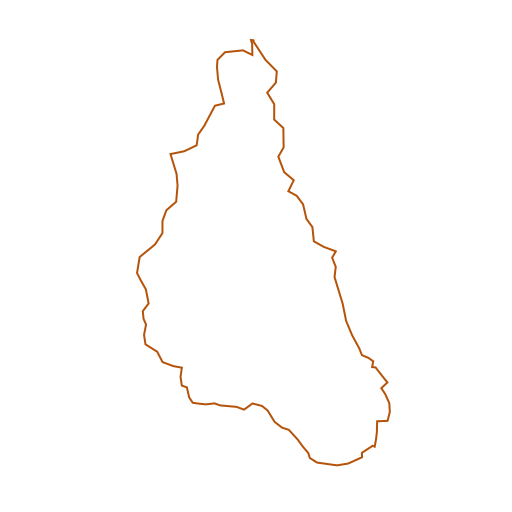 Mandria Lemesou, Limassol, Cyprus (orthographic projection), rotated 85°
{"feature_id": "46923920B25695470611853", "entity_name": "Mandria Lemesou", "entity_type": "district", "adm_level": 2, "iso_a3": "CYP", "parent_name": "Cyprus", "parent_adm1": "Limassol", "projection": "orthographic", "projection_center": [32.836, 34.866], "detail": "fine", "context": "isolated", "style": "outline", "palette": "amber", "viewbox_px": 512, "rotation_deg": 85, "n_neighbors": 0, "source": "geoboundaries", "source_scale": "gbopen_adm2", "svg_char_len": 1481}
<svg xmlns="http://www.w3.org/2000/svg" viewBox="0 0 512 512"><g transform="rotate(85 256 256)"><path d="M456.3,154.4L449.5,152.5L442.4,151.0L431.2,149.7L431.7,139.3L423.1,136.3L414.3,136.0L404.8,139.3L398.6,142.7L393.4,136.1L387.2,140.3L377.4,146.6L376.8,150.0L371.1,148.4L367.4,152.7L364.0,159.1L357.0,161.2L343.2,167.2L328.4,171.9L311.2,173.8L283.8,179.6L273.8,177.5L264.3,180.3L258.3,176.1L252.9,187.6L246.4,197.1L232.1,197.3L223.5,202.5L208.6,204.6L199.6,210.2L194.3,218.1L183.8,211.8L175.0,220.6L159.0,225.1L150.2,219.0L130.9,217.6L121.7,226.0L106.4,224.6L94.3,230.6L85.0,221.1L73.9,219.2L61.4,229.5L43.3,239.2L42.7,239.6L40.9,239.7L40.4,242.1L44.6,241.4L55.4,242.1L50.0,251.1L50.3,269.1L57.3,277.3L64.3,278.4L76.9,278.4L90.4,276.2L101.3,274.5L102.7,283.8L121.8,296.2L129.9,303.0L140.6,305.5L145.4,318.4L147.0,332.3L167.2,328.0L179.0,328.0L195.0,330.8L202.6,341.3L212.9,346.1L225.0,347.2L235.7,355.6L246.9,372.0L262.6,376.0L269.3,373.3L279.7,368.6L293.9,367.1L301.1,373.6L308.8,373.5L314.7,371.5L324.9,374.4L334.4,373.8L342.7,362.8L353.6,358.3L358.5,347.9L360.8,339.6L369.8,341.7L378.6,341.2L380.9,336.3L391.1,334.9L396.7,331.8L398.0,326.2L399.4,319.0L399.4,318.0L399.2,310.2L401.7,304.8L404.6,288.5L408.0,281.3L402.6,272.3L405.9,263.1L410.9,257.9L422.9,251.9L429.2,245.1L432.0,238.5L442.4,230.5L449.9,226.0L456.8,221.1L461.9,220.0L467.1,213.2L471.6,193.6L470.8,182.3L465.7,167.9L461.3,167.7L455.2,156.3L456.3,154.4Z" fill="none" stroke="#b45309" stroke-width="2"/></g></svg>